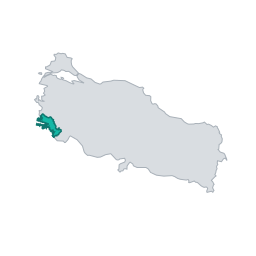 Mugla highlighted on a map of Turkey, rotated 23°
{"feature_id": "TUR-2278", "entity_name": "Mugla", "entity_type": "Province", "adm_level": 1, "iso_a3": "TUR", "parent_name": "Turkey", "parent_adm1": "", "projection": "mercator", "projection_center": [28.126, 36.936], "detail": "fine", "context": "in_parent", "style": "filled", "palette": "teal", "viewbox_px": 256, "rotation_deg": 23, "n_neighbors": 0, "source": "natural_earth", "source_scale": "10m", "svg_char_len": 8051}
<svg xmlns="http://www.w3.org/2000/svg" viewBox="0 0 256 256"><g transform="rotate(23 128 128)"><path d="M196.0,92.7L199.4,93.9L200.5,93.0L203.6,93.1L206.3,93.8L207.8,91.8L209.8,92.0L210.2,93.0L211.1,93.4L214.0,96.0L213.6,96.3L214.3,97.3L216.8,97.9L217.0,99.2L219.0,101.1L219.9,104.1L219.4,106.2L218.3,107.5L219.8,112.0L219.3,112.6L222.3,114.1L226.1,113.8L227.3,114.4L230.9,118.0L231.8,119.3L229.3,117.7L227.9,119.1L227.2,122.5L223.2,123.2L223.8,125.4L224.9,126.4L224.5,128.5L224.8,129.4L225.9,130.7L225.7,132.6L226.2,134.6L226.2,137.0L227.8,137.7L227.1,138.8L225.2,143.6L225.4,143.9L226.6,144.1L229.3,146.3L228.9,147.0L229.2,150.0L231.6,152.0L231.2,153.0L231.2,154.0L229.5,153.6L226.0,156.3L225.6,156.2L225.1,155.3L225.0,152.6L224.2,151.9L223.1,151.7L221.2,152.9L219.4,152.9L217.7,152.6L213.1,151.0L211.4,151.5L209.7,150.9L206.2,154.2L205.2,154.5L204.7,152.8L203.5,151.9L201.9,153.2L196.0,154.8L193.3,155.0L190.0,154.5L187.2,154.6L179.8,158.3L172.6,160.3L166.2,160.1L162.7,157.8L160.0,157.3L151.8,160.8L147.8,160.7L146.4,159.2L143.3,158.6L142.7,160.0L142.0,163.3L143.1,166.3L141.4,166.5L140.3,167.2L140.0,169.4L138.4,170.3L137.9,171.7L137.6,171.7L135.0,170.6L135.7,169.5L134.2,165.3L134.9,164.0L138.3,160.6L138.2,158.6L136.7,157.2L132.5,159.7L132.1,160.7L131.2,161.4L129.6,161.7L122.2,158.4L117.8,161.3L114.0,165.5L111.2,167.0L102.9,168.2L101.5,169.0L98.6,168.1L96.9,167.0L93.1,162.3L85.8,158.7L78.1,157.8L77.5,158.7L77.2,162.4L76.0,165.8L75.3,166.2L73.7,165.3L67.8,167.4L62.7,165.1L61.9,164.1L60.7,160.1L60.0,159.8L59.2,160.4L58.3,160.4L54.7,158.6L52.8,158.5L51.6,160.2L49.7,160.9L49.6,160.4L50.4,159.3L47.3,159.5L45.7,160.4L43.5,159.9L43.7,159.4L45.5,158.9L49.5,158.2L52.1,155.6L42.4,155.7L41.5,156.3L41.3,154.9L41.9,154.2L44.4,153.7L44.3,152.6L42.7,151.3L41.0,150.7L40.2,147.7L39.4,147.0L39.5,146.6L41.1,146.1L41.4,143.9L41.1,142.6L38.0,141.4L37.3,141.5L36.5,140.4L35.2,139.6L34.1,140.2L30.9,138.5L31.5,137.2L32.3,137.2L32.4,136.2L31.8,134.5L31.9,133.7L32.6,133.4L33.3,133.6L34.1,134.6L34.2,136.5L35.1,137.7L35.7,136.5L37.1,137.2L39.7,136.6L40.2,136.1L38.3,136.1L37.6,135.6L36.1,132.5L37.6,131.6L38.8,130.0L36.6,129.0L37.0,126.8L35.2,124.4L37.7,121.2L37.5,120.7L36.7,120.6L29.0,121.9L28.9,120.5L29.5,119.2L29.4,116.2L29.7,114.5L31.2,114.0L32.9,111.6L35.8,108.7L38.8,108.8L39.9,108.0L41.7,107.9L42.2,109.1L43.8,109.8L46.5,109.7L47.8,109.0L46.6,107.5L48.1,107.1L49.3,107.4L48.7,109.0L49.1,109.1L52.6,108.7L56.3,109.0L60.4,108.9L60.9,108.4L58.0,106.8L59.9,105.4L60.9,105.2L69.5,103.9L69.5,103.6L64.3,102.9L61.5,101.0L60.8,100.0L61.3,97.6L61.9,96.9L63.8,96.9L70.3,98.0L74.9,97.3L79.9,98.9L84.8,98.6L85.8,97.9L87.0,95.5L93.8,91.6L96.2,89.6L106.8,85.6L122.7,86.3L125.4,84.7L127.0,85.2L126.6,86.3L126.7,87.2L128.6,89.6L131.4,91.0L135.3,89.8L136.8,90.3L138.2,94.0L140.6,96.2L141.7,96.3L143.2,95.1L144.6,94.9L147.0,96.2L147.8,97.5L155.4,99.0L156.9,100.1L162.0,101.2L173.4,98.6L177.5,100.4L181.0,100.9L182.5,100.7L187.0,98.6L188.5,97.4L191.3,96.4L194.9,94.0L196.0,92.7ZM49.6,86.1L49.3,87.8L50.0,89.6L51.6,92.1L53.2,93.4L60.9,96.8L59.8,100.0L57.9,100.5L51.3,99.0L48.7,100.3L46.7,99.9L44.0,100.5L43.3,102.4L41.4,104.6L36.1,107.3L31.4,112.6L30.0,113.3L30.6,111.5L30.5,109.9L32.6,108.1L35.6,106.7L36.4,105.5L28.9,105.7L28.2,104.0L29.0,103.7L31.4,100.8L31.6,99.6L31.4,96.7L34.3,95.0L34.6,94.3L34.1,91.5L31.3,89.8L31.3,89.0L33.3,88.2L34.4,86.2L37.4,85.8L38.7,84.8L41.3,84.3L44.4,86.8L48.2,85.8L49.6,86.1ZM27.5,112.5L25.0,112.9L24.2,112.5L25.0,111.6L26.9,111.0L27.5,111.9L27.5,112.5Z" fill="#d9dde1" stroke="#a8b0b8" stroke-width="1"/><path d="M63.1,165.5L62.8,165.1L62.2,164.9L62.0,164.7L61.9,164.8L61.8,164.6L61.9,164.4L61.6,164.4L61.5,164.2L61.4,164.2L61.5,164.0L61.7,163.9L61.7,163.6L61.7,163.4L61.5,163.2L61.4,163.1L61.7,162.8L61.6,162.3L61.6,162.0L61.4,162.1L61.2,161.9L60.7,162.1L60.7,161.9L60.5,161.5L60.8,161.1L61.2,160.9L61.4,160.8L61.3,161.0L61.5,161.0L61.6,160.9L61.5,160.7L61.4,160.5L60.7,160.0L59.8,159.7L59.7,159.5L59.6,159.3L59.1,159.9L59.2,160.0L58.8,160.1L58.8,160.5L58.7,160.5L58.8,160.7L58.8,160.8L58.9,161.0L59.0,161.0L59.1,160.7L59.0,160.4L59.2,160.6L59.2,160.8L58.8,161.2L58.9,161.3L58.5,161.3L58.3,161.2L58.6,161.0L58.6,160.9L58.2,160.6L57.9,160.3L57.6,160.1L57.1,160.0L56.7,160.1L56.6,159.9L56.4,159.8L56.2,160.0L56.1,159.9L56.0,159.6L56.1,159.4L56.1,159.1L56.1,158.9L56.0,158.7L55.9,158.7L55.7,158.4L55.4,158.4L55.1,158.5L55.2,158.8L55.1,158.7L54.7,158.7L54.9,158.6L54.5,158.4L54.4,158.3L54.4,158.0L54.5,158.0L54.4,157.5L54.2,157.8L53.5,157.9L53.6,158.0L54.0,158.2L54.1,158.3L53.8,158.8L53.5,158.8L52.9,158.5L52.5,158.7L52.4,158.6L52.5,158.5L52.9,158.4L52.4,158.0L52.1,158.3L52.0,158.5L52.2,158.8L52.2,159.1L52.6,159.5L52.7,159.8L52.4,159.6L52.2,159.7L52.1,159.9L51.9,159.9L52.0,160.0L51.4,160.2L51.2,160.4L50.7,161.3L50.4,161.5L50.1,161.4L50.1,161.6L49.9,161.6L50.0,161.8L49.9,161.9L49.7,161.8L49.6,161.7L49.5,161.9L49.4,161.9L49.2,161.8L49.1,161.7L49.0,161.3L49.8,161.3L50.0,161.3L50.4,160.8L50.3,160.6L50.0,160.9L50.1,160.7L50.1,160.3L49.9,160.2L49.8,160.4L49.5,160.3L49.2,160.4L49.1,160.2L49.5,160.0L49.5,159.9L49.8,159.9L50.3,159.7L50.4,159.9L50.6,159.9L50.7,159.6L50.4,159.5L50.4,159.4L50.7,159.0L50.9,159.3L50.8,158.8L50.7,158.7L50.4,158.7L50.2,159.0L49.9,159.2L49.7,159.2L49.1,159.4L49.0,159.2L48.6,159.5L48.5,159.3L48.4,159.3L48.3,159.5L48.1,159.3L48.0,159.5L47.9,159.5L47.6,159.3L47.4,159.2L47.2,159.3L47.2,159.2L47.0,159.3L46.6,159.2L46.4,159.3L46.2,159.6L46.1,159.9L45.9,160.3L45.9,160.6L45.3,160.3L45.2,160.3L44.7,160.4L44.6,160.2L43.9,160.5L43.7,160.7L43.1,160.4L43.0,160.5L43.0,160.3L42.9,160.2L42.6,160.3L42.6,160.2L42.5,159.9L42.8,160.0L43.0,160.0L43.1,159.9L43.3,159.5L43.5,159.3L43.9,159.3L44.7,159.2L45.0,159.2L45.4,158.7L45.6,158.6L46.1,158.9L46.3,158.8L46.7,158.9L46.9,158.9L47.1,158.7L47.3,158.6L48.2,158.6L48.3,158.5L48.8,158.7L49.4,158.7L49.6,158.8L49.8,158.9L50.1,158.6L50.0,158.4L49.9,158.3L49.5,158.3L49.6,158.2L49.5,157.9L49.8,157.9L50.1,157.7L49.8,157.4L49.7,157.2L49.8,157.3L49.9,157.2L50.1,157.0L50.1,156.9L49.9,156.9L50.2,156.8L50.4,156.9L50.5,156.8L50.8,156.8L51.0,156.9L51.3,157.2L51.3,156.9L51.2,156.8L51.2,156.7L51.4,156.7L51.5,156.8L51.8,156.3L51.8,156.2L51.6,156.2L51.8,156.0L52.1,156.1L52.1,155.9L53.0,155.6L52.9,155.3L51.4,155.5L50.8,155.5L50.6,155.5L50.7,155.8L50.5,155.7L49.3,155.5L48.9,155.7L48.5,155.6L48.2,155.6L47.3,155.9L47.2,155.9L47.1,156.1L46.9,156.0L46.6,156.1L46.4,155.9L46.1,155.9L45.7,156.0L45.0,156.0L44.8,156.0L44.7,156.3L44.3,156.1L43.7,156.1L43.4,155.6L43.2,155.6L42.9,155.6L42.8,156.1L42.7,156.0L42.8,155.9L42.7,155.8L42.8,155.7L42.7,155.6L42.2,155.8L42.2,156.0L42.0,156.3L41.9,156.3L42.0,156.5L41.7,156.5L41.7,156.4L41.5,156.5L41.4,156.3L41.3,155.7L41.1,155.1L41.2,154.8L41.5,154.8L41.8,154.5L41.6,154.4L41.4,154.5L41.4,154.3L41.6,154.2L41.9,154.3L42.1,154.3L42.1,154.0L42.1,153.8L42.3,153.9L42.3,154.2L42.5,153.9L42.7,154.0L42.8,153.9L42.8,154.1L43.0,154.2L43.2,154.3L43.4,154.3L43.5,154.6L43.8,154.7L44.5,154.3L44.9,154.2L44.7,154.1L44.6,153.8L44.5,153.5L44.3,153.4L44.9,153.2L45.0,153.3L44.9,153.5L45.1,153.4L45.1,153.2L45.0,152.8L45.2,152.6L45.3,152.2L45.1,152.1L44.6,152.3L44.5,152.6L44.4,152.8L44.2,152.8L44.2,152.6L44.3,152.4L44.1,152.3L43.9,152.3L43.6,152.5L43.7,152.2L43.9,151.9L43.9,151.5L43.8,151.3L43.7,151.3L43.7,151.7L43.5,151.8L43.2,151.8L42.9,151.6L42.8,151.3L42.9,151.0L43.1,150.8L43.4,150.6L43.2,150.4L43.8,148.6L44.2,148.4L44.5,148.4L44.9,148.7L45.3,148.8L46.2,148.9L47.0,149.5L47.5,149.6L48.0,149.4L48.5,149.4L48.9,149.7L49.7,149.7L51.0,149.6L51.4,149.3L51.8,148.5L52.4,148.1L53.2,148.3L53.9,148.8L54.6,149.3L56.1,149.5L56.2,150.0L56.2,150.4L56.3,150.8L56.5,150.9L56.9,150.9L57.4,151.1L57.8,151.6L57.9,152.3L58.3,152.8L59.1,152.9L59.5,153.6L60.3,153.9L61.0,154.6L61.1,155.1L61.3,156.3L61.6,156.5L62.1,156.6L63.2,157.2L63.6,157.0L63.8,156.7L63.9,156.3L64.0,155.4L64.5,155.0L64.8,155.7L64.6,156.5L65.0,156.7L65.5,156.0L66.9,155.8L67.8,157.1L66.6,159.8L66.7,160.6L66.5,161.4L65.5,162.2L65.4,162.6L65.5,163.0L65.2,163.1L64.9,163.0L64.2,163.2L63.7,164.4L63.7,164.7L63.6,165.1L63.4,165.4L63.1,165.5Z" fill="#14b8a6" stroke="#0f766e" stroke-width="1.5"/></g></svg>